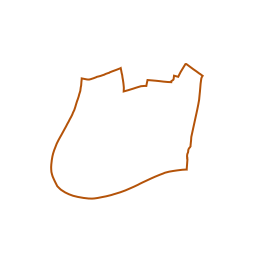 Bang Kho Laem, Bangkok Metropolis, Thailand (Mercator projection), rotated 327°
{"feature_id": "78962969B71944934513319", "entity_name": "Bang Kho Laem", "entity_type": "district", "adm_level": 2, "iso_a3": "THA", "parent_name": "Thailand", "parent_adm1": "Bangkok Metropolis", "projection": "mercator", "projection_center": [100.512, 13.698], "detail": "fine", "context": "isolated", "style": "outline", "palette": "amber", "viewbox_px": 256, "rotation_deg": 327, "n_neighbors": 0, "source": "geoboundaries", "source_scale": "gbopen_adm2", "svg_char_len": 2453}
<svg xmlns="http://www.w3.org/2000/svg" viewBox="0 0 256 256"><g transform="rotate(327 128 128)"><path d="M211.0,105.7L208.4,106.9L205.3,108.4L202.8,109.6L200.0,111.2L199.0,111.8L198.0,112.4L195.1,109.2L192.8,111.9L192.5,112.1L192.3,112.2L189.6,112.4L189.2,113.1L186.3,111.0L183.0,108.4L180.5,106.3L177.3,103.7L174.1,101.2L170.5,98.4L167.9,101.0L167.7,101.2L166.3,102.7L164.4,101.5L161.6,100.0L157.1,98.7L153.7,97.8L149.1,96.5L144.3,95.0L145.8,92.9L146.6,91.7L147.9,89.2L148.4,88.2L148.7,87.6L149.9,85.0L150.4,83.8L151.0,82.4L152.0,80.3L152.6,78.5L153.8,75.6L154.1,74.8L154.5,73.8L154.3,73.8L152.4,73.4L149.5,72.8L145.6,71.9L143.1,71.4L142.8,71.4L142.1,71.4L141.9,71.3L140.4,70.9L138.7,70.5L138.0,70.4L137.4,70.4L134.7,69.7L133.4,69.4L131.6,68.8L129.9,68.2L129.5,68.1L129.1,68.1L128.1,67.9L127.1,67.7L126.2,67.5L124.0,66.9L123.4,66.8L123.0,66.6L121.8,66.2L121.7,66.1L121.0,65.7L120.4,65.2L120.0,64.9L116.2,61.2L116.0,61.5L114.5,63.4L114.3,63.6L113.1,65.2L111.8,66.9L110.6,68.1L109.4,69.5L108.2,70.9L106.9,72.0L105.3,73.3L103.8,74.7L101.7,76.4L99.8,77.8L97.4,79.8L95.2,81.7L92.7,83.7L90.2,85.2L88.7,86.3L86.7,87.5L83.9,89.0L81.5,90.4L79.2,91.6L76.8,93.0L74.7,94.1L68.6,97.4L65.9,98.8L63.1,100.3L59.7,102.3L56.8,104.4L54.0,106.4L51.2,108.7L49.1,110.7L46.8,113.2L46.6,113.4L45.8,114.4L43.9,116.7L42.2,119.0L41.0,121.0L39.8,123.2L39.0,125.5L38.4,127.6L38.0,130.0L37.6,132.8L37.0,138.3L37.7,141.6L38.2,143.4L40.2,147.8L42.4,151.4L45.0,154.9L48.4,158.5L52.7,162.5L56.7,165.8L59.5,167.7L61.3,168.7L64.3,170.1L68.3,171.7L72.5,173.4L77.4,175.1L80.3,175.9L81.6,176.3L86.5,177.7L91.7,178.9L96.4,179.7L101.3,180.5L105.8,181.1L107.3,181.2L110.6,181.6L115.5,182.3L119.8,182.9L124.2,183.6L129.5,184.6L132.6,185.3L133.9,185.5L134.8,185.7L138.9,187.1L142.6,188.7L146.3,190.4L150.8,192.6L154.5,194.7L154.6,194.8L156.1,192.8L158.4,189.8L160.3,187.3L160.9,186.5L160.8,186.0L161.0,185.8L161.2,185.7L161.6,185.2L161.8,184.7L161.7,184.5L162.7,183.1L163.5,182.2L164.0,181.8L164.5,181.5L164.9,181.3L165.2,180.9L165.5,180.7L165.9,180.2L166.1,180.0L166.2,179.7L166.5,179.4L166.8,179.1L167.0,179.0L167.8,178.4L168.7,178.1L169.5,177.9L170.5,177.4L171.1,176.5L174.1,172.8L176.2,170.0L196.1,150.3L199.8,146.5L202.9,143.2L208.1,136.7L210.6,133.5L213.0,130.4L216.1,126.8L216.6,126.3L217.1,125.9L217.7,125.5L218.7,125.0L219.0,124.9L217.9,122.0L217.5,121.2L216.2,117.7L214.8,114.3L212.0,106.8L211.7,106.1L211.4,105.9L211.0,105.7Z" fill="none" stroke="#b45309" stroke-width="2"/></g></svg>